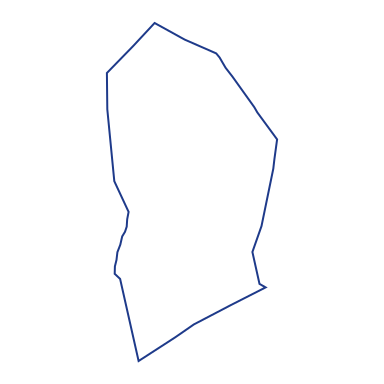 outline of Vila Nova do Piauí, Piauí, Brazil
{"feature_id": "56859067B73920908376253", "entity_name": "Vila Nova do Piauí", "entity_type": "district", "adm_level": 2, "iso_a3": "BRA", "parent_name": "Brazil", "parent_adm1": "Piauí", "projection": "equal_earth", "projection_center": [-40.94, -7.206], "detail": "fine", "context": "isolated", "style": "outline", "palette": "blue", "viewbox_px": 384, "rotation_deg": 0, "n_neighbors": 0, "source": "geoboundaries", "source_scale": "gbopen_adm2", "svg_char_len": 560}
<svg xmlns="http://www.w3.org/2000/svg" viewBox="0 0 384 384"><path d="M106.9,73.0L107.3,109.3L114.3,181.2L128.6,211.9L127.2,219.2L126.7,226.7L125.0,231.8L122.2,236.4L120.3,244.7L117.4,252.2L116.5,259.9L114.9,266.4L114.7,273.8L120.1,278.9L138.6,361.0L175.1,337.4L193.9,324.4L231.2,304.9L265.6,287.4L259.5,283.9L252.4,252.0L261.5,226.1L273.3,168.7L274.4,159.2L277.1,139.4L257.3,112.4L254.3,107.2L232.5,76.7L225.6,67.8L222.2,62.0L219.6,57.5L216.2,53.4L184.9,39.7L180.5,37.3L154.6,23.0L133.3,45.9L106.9,73.0Z" fill="none" stroke="#1e3a8a" stroke-width="2"/></svg>